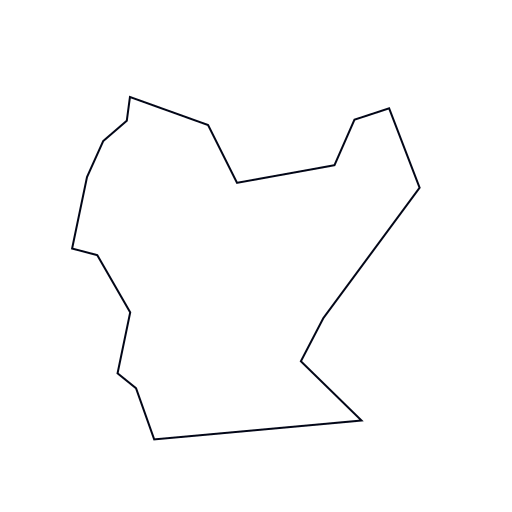 the Metropolitan Borough of Solihull, rotated 75°
{"feature_id": "GBR-5695", "entity_name": "Solihull", "entity_type": "Metropolitan Borough", "adm_level": 1, "iso_a3": "GBR", "parent_name": "United Kingdom", "parent_adm1": "", "projection": "robinson", "projection_center": [-1.737, 52.417], "detail": "fine", "context": "isolated", "style": "outline", "palette": "ink", "viewbox_px": 512, "rotation_deg": 75, "n_neighbors": 0, "source": "natural_earth", "source_scale": "10m", "svg_char_len": 401}
<svg xmlns="http://www.w3.org/2000/svg" viewBox="0 0 512 512"><g transform="rotate(75 256 256)"><path d="M442.2,196.7L406.8,401.8L352.7,406.1L333.5,420.1L277.9,392.1L214.1,409.1L201.2,431.7L136.0,398.8L105.4,373.8L91.9,345.8L69.8,336.6L117.1,268.4L180.4,255.4L188.6,156.7L149.8,125.6L147.8,89.2L232.4,80.3L333.4,207.0L369.3,239.9L442.2,196.7Z" fill="none" stroke="#020617" stroke-width="2"/></g></svg>